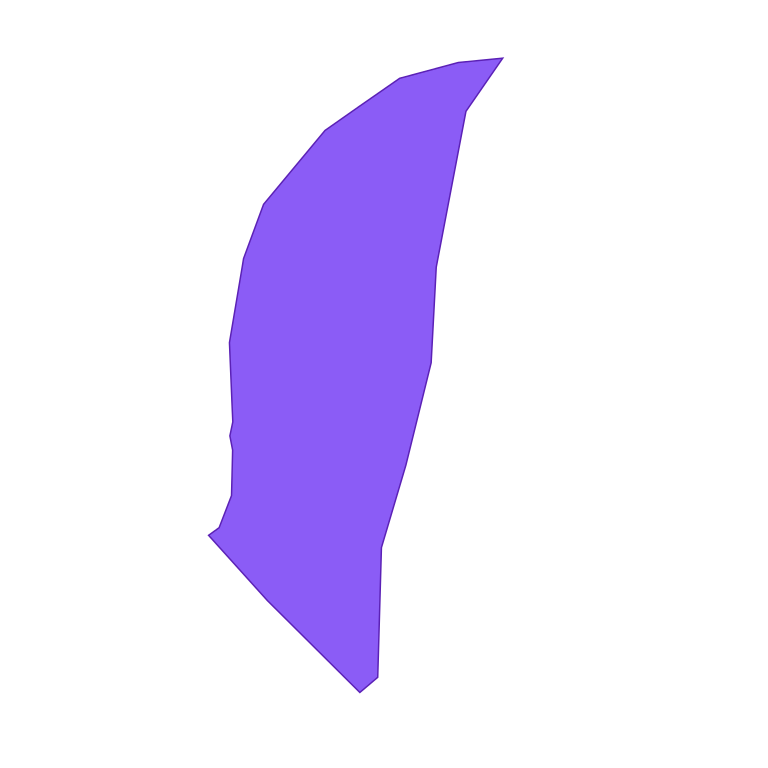 Kawther, Suhaj, Egypt, rotated 72°
{"feature_id": "37247803B38602183359422", "entity_name": "Kawther", "entity_type": "district", "adm_level": 2, "iso_a3": "EGY", "parent_name": "Egypt", "parent_adm1": "Suhaj", "projection": "albers", "projection_center": [31.725, 26.555], "detail": "fine", "context": "isolated", "style": "filled", "palette": "violet", "viewbox_px": 768, "rotation_deg": 72, "n_neighbors": 0, "source": "geoboundaries", "source_scale": "gbopen_adm2", "svg_char_len": 481}
<svg xmlns="http://www.w3.org/2000/svg" viewBox="0 0 768 768"><g transform="rotate(72 384 384)"><path d="M554.0,561.8L669.9,502.3L661.0,480.6L538.8,437.0L468.0,388.3L378.4,332.6L289.0,298.2L150.0,221.8L110.8,170.4L101.2,214.0L98.1,274.6L112.2,321.3L124.6,361.7L175.9,443.0L221.3,478.8L228.9,482.7L296.9,518.2L361.0,536.1L373.3,539.5L385.7,546.6L400.1,548.4L426.6,557.7L443.0,563.5L469.7,585.2L473.7,597.6L554.0,561.8Z" fill="#8b5cf6" stroke="#5b21b6" stroke-width="1.5"/></g></svg>